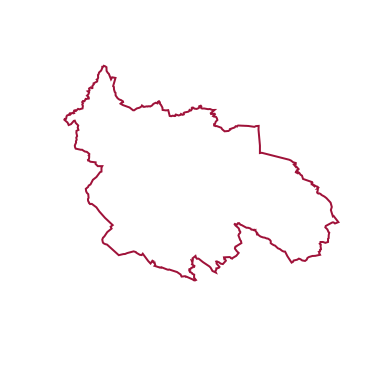 outline of Huasca de Ocampo, Hidalgo, Mexico, rotated 294°
{"feature_id": "50627088B83371137929766", "entity_name": "Huasca de Ocampo", "entity_type": "district", "adm_level": 2, "iso_a3": "MEX", "parent_name": "Mexico", "parent_adm1": "Hidalgo", "projection": "natural_earth1", "projection_center": [-98.54, 20.223], "detail": "fine", "context": "isolated", "style": "outline", "palette": "rose", "viewbox_px": 384, "rotation_deg": 294, "n_neighbors": 0, "source": "geoboundaries", "source_scale": "gbopen_adm2", "svg_char_len": 6015}
<svg xmlns="http://www.w3.org/2000/svg" viewBox="0 0 384 384"><g transform="rotate(294 192 192)"><path d="M271.4,60.1L270.4,60.0L269.9,59.1L268.6,59.6L266.0,59.6L263.4,58.5L261.2,58.8L260.7,58.5L258.2,59.8L257.1,59.8L256.0,59.3L255.8,60.0L254.4,60.4L251.2,57.9L250.5,58.5L248.5,57.9L246.4,58.7L246.1,58.3L246.4,57.0L244.8,55.9L244.4,55.9L243.9,56.6L243.0,57.1L242.5,57.0L241.6,55.8L241.0,57.5L239.2,57.6L237.3,56.9L236.9,58.5L236.3,58.6L235.9,59.6L235.3,59.7L234.5,58.2L233.9,57.7L233.8,57.0L231.2,56.8L230.8,55.4L229.7,55.1L229.2,55.3L228.8,56.3L227.2,56.2L226.3,57.3L223.8,58.0L221.7,55.5L221.6,54.1L218.6,52.9L218.6,52.4L219.1,51.9L218.4,51.2L217.6,51.6L216.4,51.3L216.0,52.1L215.7,51.8L215.6,50.6L214.7,50.0L214.8,49.5L214.2,48.4L213.7,48.3L213.6,49.3L213.1,49.3L211.4,46.9L210.2,46.6L207.7,47.2L207.0,46.9L206.9,46.0L206.1,46.0L204.8,50.1L203.0,52.1L204.8,53.9L208.9,55.1L209.5,55.9L207.8,57.7L206.5,61.0L204.3,61.4L202.5,63.0L200.9,61.6L199.0,62.3L196.4,64.3L194.5,64.2L192.8,65.4L191.2,65.3L190.0,66.0L186.9,66.0L185.5,66.8L184.3,68.1L185.4,73.4L185.9,74.3L185.4,77.6L185.9,79.6L185.0,82.7L183.8,83.1L183.4,82.8L182.9,83.5L181.2,84.2L179.9,84.4L179.0,83.9L178.5,84.3L178.7,85.3L178.3,86.8L179.9,91.9L178.4,92.5L177.3,95.4L179.1,99.5L177.4,99.4L173.8,101.0L172.6,99.9L166.8,98.6L162.8,96.5L157.6,96.2L155.9,95.0L154.3,95.0L151.7,93.7L149.6,95.0L148.5,96.3L147.8,98.1L144.6,99.9L143.3,99.8L142.1,100.4L141.0,101.3L140.6,102.3L140.0,102.5L139.5,103.8L140.4,105.3L139.1,110.9L136.5,115.3L133.0,123.0L129.5,133.0L127.2,131.8L125.9,133.4L120.9,130.9L115.8,130.0L114.0,129.3L112.0,129.4L109.9,130.9L109.2,131.9L109.1,133.9L109.4,135.8L104.5,150.8L107.4,154.6L108.1,156.0L109.9,157.7L114.0,162.8L114.3,165.1L113.9,165.7L113.4,169.9L113.9,171.7L115.6,172.1L111.1,180.1L109.8,183.2L113.1,183.8L113.0,184.8L112.2,184.7L112.1,185.8L111.6,186.7L111.9,186.8L110.2,188.2L109.3,187.9L109.9,193.4L110.2,193.5L110.3,194.7L110.8,194.8L111.1,200.9L111.3,202.0L111.9,202.6L112.8,210.9L112.0,215.1L110.5,216.9L112.3,220.0L112.0,221.0L112.4,221.3L112.4,228.8L112.1,229.3L112.4,230.7L113.2,231.4L114.6,228.7L117.4,227.6L117.4,225.6L117.9,225.1L118.1,224.0L118.0,222.8L118.4,222.3L119.0,222.4L119.2,221.4L119.9,221.1L120.5,221.0L121.0,221.9L122.5,222.3L123.3,223.3L124.2,223.4L124.5,224.4L125.4,224.3L125.9,221.4L127.3,221.4L129.3,219.5L129.4,220.6L130.6,220.3L131.6,219.5L135.0,221.2L133.7,222.3L133.0,223.7L133.7,224.7L133.7,225.6L132.4,230.6L131.1,238.1L130.5,239.7L128.2,242.8L128.1,246.6L129.1,245.5L131.2,245.8L132.1,245.3L133.6,247.3L134.7,247.6L136.6,243.6L137.6,243.2L138.3,242.4L138.7,242.9L138.7,245.5L138.2,247.2L138.7,249.5L143.0,250.9L144.3,249.2L143.9,248.8L145.3,247.8L147.8,252.7L147.9,253.8L147.4,254.4L147.5,255.8L148.3,256.0L151.7,258.4L155.3,259.4L156.2,256.9L157.7,254.3L158.2,254.0L159.8,253.9L160.6,254.6L160.5,255.6L160.9,254.8L165.4,257.9L167.1,256.7L167.6,255.7L171.2,252.1L172.7,252.0L174.3,252.6L175.1,252.4L175.6,252.0L176.0,250.9L177.0,250.4L178.0,249.1L179.1,245.3L180.3,243.4L180.2,244.8L180.9,246.7L182.2,246.7L182.7,247.7L181.8,249.6L182.0,250.6L181.5,256.2L182.2,258.0L182.4,260.3L181.8,261.5L182.3,263.0L182.2,263.7L182.8,264.2L182.5,265.1L183.0,265.5L182.1,266.0L180.9,268.5L180.2,268.2L179.6,268.7L179.9,269.5L179.2,272.6L179.4,275.3L179.9,277.1L179.9,279.1L180.3,280.1L180.0,282.4L179.2,283.9L177.3,284.7L177.0,285.8L176.7,288.2L176.8,289.7L175.5,293.4L175.6,295.5L174.9,298.4L174.9,299.9L175.4,301.3L172.2,305.2L168.0,311.7L169.4,312.7L170.7,312.7L173.0,315.7L174.6,316.7L174.7,318.6L174.3,320.5L175.0,323.3L176.8,324.3L178.7,324.3L180.1,325.2L182.6,328.1L183.7,330.4L186.7,334.5L187.8,333.1L188.7,332.9L189.0,332.3L189.9,333.0L190.5,333.0L191.2,332.5L192.2,333.1L194.9,331.4L196.1,331.2L196.7,329.7L198.1,330.1L198.6,329.8L199.6,331.9L199.8,334.5L201.7,336.6L204.6,335.3L205.4,335.6L208.3,334.4L210.7,333.9L211.0,332.9L212.9,330.9L213.9,328.2L215.4,328.0L221.3,332.6L221.8,333.7L221.4,335.4L224.0,338.0L227.7,331.1L227.0,330.6L232.0,326.2L235.2,325.8L238.7,322.9L241.1,317.3L241.7,314.8L242.0,311.4L242.5,310.3L242.5,308.8L242.0,308.2L242.0,307.2L242.7,306.3L242.6,305.6L243.1,306.6L246.5,305.6L246.3,305.3L247.4,305.7L247.8,304.6L247.6,304.5L247.9,300.7L247.2,301.0L247.7,299.0L248.2,298.7L247.8,298.1L248.9,297.5L249.6,298.0L249.9,297.7L249.1,288.1L251.7,285.8L251.9,284.2L253.1,282.2L252.1,281.2L252.3,278.0L253.1,280.2L254.0,280.2L254.5,279.0L256.3,280.0L257.6,277.0L257.1,276.8L258.5,274.0L259.6,275.4L260.7,275.0L260.3,272.3L261.0,269.6L261.0,267.6L256.2,239.8L255.2,238.2L262.0,235.2L276.0,227.4L279.5,226.0L278.2,223.6L276.9,222.5L275.2,216.5L271.5,207.1L270.5,206.3L270.1,206.4L269.8,205.1L268.3,204.7L265.0,201.2L264.6,201.6L262.6,200.5L260.7,197.1L261.6,194.0L262.6,192.6L262.3,187.8L261.8,186.8L261.7,185.2L262.9,184.6L263.3,185.3L265.9,185.1L268.1,185.9L269.4,184.8L270.3,183.6L270.4,182.8L269.8,181.5L269.9,180.4L272.4,181.3L272.7,180.8L271.0,177.7L271.6,177.1L276.1,179.2L275.2,177.2L275.1,174.6L274.2,173.0L273.3,169.3L272.4,167.3L272.3,166.5L272.6,166.1L274.0,165.7L274.4,164.9L273.2,163.7L272.1,164.2L271.4,164.0L269.8,162.5L269.1,160.2L269.6,159.0L269.2,157.8L268.5,157.6L268.0,158.2L266.2,158.0L265.7,157.4L265.9,156.4L264.6,156.4L263.9,156.0L261.5,152.7L260.6,152.3L259.7,153.0L259.4,152.9L258.5,151.6L258.8,150.2L257.7,150.0L256.5,148.7L256.2,145.7L255.8,145.5L254.7,145.8L254.2,145.0L253.9,143.4L252.8,142.2L252.4,140.7L257.1,137.0L255.9,134.9L255.0,131.8L257.1,130.6L259.1,128.0L259.3,127.2L260.9,126.1L261.5,124.9L260.5,124.2L259.6,124.7L258.9,124.5L258.8,122.6L256.8,120.9L254.8,120.3L253.1,119.0L252.9,117.8L252.0,116.7L252.0,116.1L250.2,113.5L250.1,112.8L250.4,112.6L250.7,111.1L249.7,111.1L247.7,109.8L245.9,107.6L243.1,105.9L242.7,104.9L243.8,100.6L243.3,93.4L243.6,90.8L244.6,91.2L246.1,92.5L246.7,92.1L247.1,89.7L246.9,88.0L247.4,85.9L249.1,83.0L251.6,81.7L251.9,80.8L254.0,79.0L256.2,77.9L256.6,76.9L265.1,75.7L264.3,72.4L262.0,72.2L266.2,67.9L266.6,66.6L267.9,64.7L271.2,63.1L271.5,61.6L271.4,60.1Z" fill="none" stroke="#9f1239" stroke-width="2"/></g></svg>